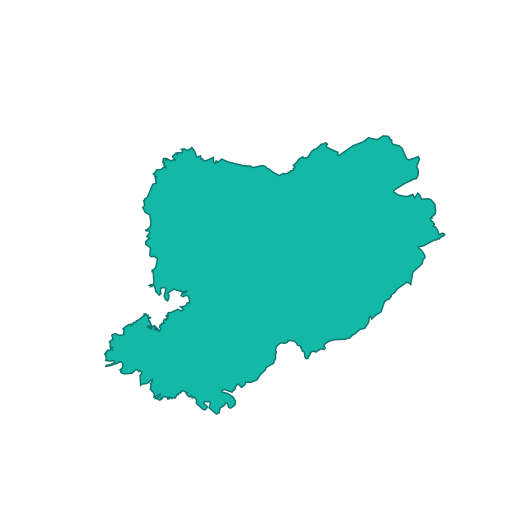 Chuadanga, Khulna, Bangladesh, rotated 42°
{"feature_id": "16705992B19758630986204", "entity_name": "Chuadanga", "entity_type": "district", "adm_level": 2, "iso_a3": "BGD", "parent_name": "Bangladesh", "parent_adm1": "Khulna", "projection": "orthographic", "projection_center": [88.863, 23.601], "detail": "fine", "context": "isolated", "style": "filled", "palette": "teal", "viewbox_px": 512, "rotation_deg": 42, "n_neighbors": 0, "source": "geoboundaries", "source_scale": "gbopen_adm2", "svg_char_len": 6133}
<svg xmlns="http://www.w3.org/2000/svg" viewBox="0 0 512 512"><g transform="rotate(42 256 256)"><path d="M390.0,173.7L383.3,163.0L384.6,151.8L384.3,149.7L382.9,147.8L382.4,143.8L380.8,142.5L375.1,141.0L371.5,141.2L370.6,140.5L373.9,136.0L377.5,125.5L379.4,123.0L380.0,120.8L380.7,120.8L380.6,118.8L382.2,114.7L381.7,113.7L379.5,114.0L377.6,117.7L373.9,115.4L369.7,114.4L367.9,115.2L367.3,113.0L366.1,112.5L361.6,112.3L360.6,111.1L361.5,110.0L360.2,109.7L361.0,106.4L360.2,105.6L360.9,104.6L359.8,102.8L354.3,97.9L348.2,97.1L345.2,98.5L341.1,103.1L337.1,101.2L334.2,100.9L335.1,106.7L331.2,105.4L328.8,110.4L326.2,112.4L320.8,115.5L315.7,116.3L314.7,115.6L314.9,113.5L318.0,102.5L321.9,93.1L323.4,91.4L322.4,87.5L320.9,85.6L318.7,83.3L315.5,82.3L312.8,74.8L310.1,73.5L305.6,81.9L302.9,83.0L292.9,78.4L289.0,78.2L282.7,81.4L280.7,80.7L279.2,79.0L277.3,79.7L276.2,78.8L273.9,78.8L270.1,81.7L268.4,88.3L260.4,93.0L259.4,99.1L254.2,109.4L250.4,126.0L249.2,126.3L247.5,124.2L235.8,127.9L234.4,127.0L234.4,125.3L233.1,124.9L232.1,125.3L230.7,128.6L229.8,128.8L229.1,136.4L227.9,138.0L227.4,140.6L228.4,148.1L226.5,151.0L224.4,151.0L223.0,155.5L223.6,159.3L223.1,163.8L225.8,164.1L225.3,166.2L226.7,167.1L224.7,169.6L225.1,171.6L223.9,172.2L224.6,173.2L222.9,175.5L221.0,176.4L219.5,180.6L213.0,182.4L207.8,182.6L205.6,183.5L203.2,183.2L200.4,184.3L194.4,192.6L192.0,192.7L186.2,197.3L172.7,204.6L165.6,207.0L165.1,212.0L163.3,211.6L162.8,212.5L163.7,213.9L163.3,215.0L161.3,214.3L158.4,211.2L154.9,219.2L153.4,220.2L151.7,219.6L149.8,220.4L147.9,218.7L145.8,222.1L139.7,219.1L135.7,218.3L135.6,220.2L134.0,223.8L131.1,224.3L129.1,226.7L131.3,226.9L132.0,228.9L128.5,231.8L129.5,233.3L127.7,233.1L127.3,237.6L128.0,238.3L130.8,238.2L131.6,239.1L130.1,239.9L129.8,241.3L128.4,242.5L124.8,243.2L124.9,245.0L123.6,243.9L122.0,245.5L124.3,248.9L125.5,248.2L126.1,249.8L129.9,250.6L128.1,251.5L127.6,255.3L124.4,258.7L125.1,260.4L124.8,263.8L129.2,263.6L129.6,264.8L128.2,264.8L133.1,268.6L131.3,271.8L136.0,285.0L135.1,288.3L136.0,289.0L135.6,290.0L139.5,292.9L139.4,295.7L144.4,297.7L149.4,296.4L155.6,301.5L157.8,304.6L157.7,308.3L156.7,310.6L157.3,310.9L159.8,309.0L161.5,309.8L161.8,314.6L165.0,313.9L164.3,319.1L166.4,321.2L171.8,320.4L176.4,326.2L178.2,326.9L180.7,324.4L184.5,323.8L189.1,331.4L189.2,334.1L188.3,336.1L189.3,337.2L190.0,336.5L197.5,343.6L198.7,346.3L196.8,347.9L196.6,348.9L198.2,347.7L197.6,349.0L198.1,349.5L199.1,348.1L199.1,346.5L200.3,345.9L205.4,349.4L210.3,349.8L210.4,347.5L207.8,345.5L206.9,342.9L209.1,340.8L210.9,340.4L214.7,347.4L217.8,348.8L220.2,348.5L219.9,346.6L217.9,343.6L215.2,342.5L217.1,335.6L226.1,331.5L228.4,327.8L228.0,330.5L226.1,333.2L226.9,335.5L228.7,335.3L230.5,331.9L232.1,331.3L234.1,331.7L238.1,335.3L236.3,336.8L237.2,340.2L234.0,344.3L238.8,343.9L237.4,344.7L237.5,346.6L233.6,347.9L230.6,355.1L228.8,356.7L229.5,357.5L229.1,358.4L230.4,358.9L229.6,359.8L230.7,359.6L230.2,360.7L231.5,360.4L232.1,361.7L231.3,361.8L231.1,363.8L233.0,363.3L230.3,364.4L230.8,366.5L232.7,367.5L231.0,369.1L231.8,370.8L231.0,371.3L232.0,373.4L233.9,373.6L234.5,376.6L233.0,376.1L232.8,377.6L232.5,376.3L231.5,375.9L230.7,378.3L228.5,377.6L230.3,377.2L230.3,376.0L227.3,375.6L225.9,377.9L226.0,379.1L227.1,380.1L226.3,380.4L225.3,379.0L224.5,380.6L225.7,381.4L224.3,381.2L224.0,380.2L222.8,381.3L222.6,380.3L225.3,377.9L220.2,375.4L219.8,376.3L218.2,374.5L219.0,372.5L218.1,372.5L217.2,374.4L215.4,372.3L214.6,373.2L213.6,372.5L212.6,373.1L213.2,373.6L211.7,374.0L212.6,375.2L211.5,382.4L210.4,384.3L211.2,386.1L209.6,387.1L209.8,391.4L208.7,390.4L207.2,392.5L205.8,399.0L208.6,399.8L208.7,401.3L210.5,403.1L207.6,406.4L203.4,407.8L201.8,411.4L205.7,413.6L204.6,415.9L204.7,418.2L207.1,418.7L207.5,420.4L209.4,421.7L209.8,420.0L211.7,419.6L210.6,420.4L210.5,421.3L211.3,421.8L210.6,421.8L210.2,424.7L209.1,424.7L208.8,425.7L208.9,427.6L209.9,428.3L209.0,428.8L209.4,430.2L211.0,430.5L213.9,432.9L214.2,434.1L217.3,432.3L220.6,428.7L222.1,429.4L220.9,433.3L217.9,437.6L218.2,438.5L222.2,433.5L222.3,432.1L224.8,428.6L225.3,425.8L226.0,426.0L226.7,424.8L228.4,424.9L230.6,426.7L231.6,429.0L231.1,431.5L231.8,431.1L233.3,432.9L235.4,432.4L237.3,431.5L242.3,426.1L242.6,421.3L243.3,420.1L246.2,420.2L245.9,419.5L248.6,418.5L249.6,419.7L249.6,422.1L256.8,429.4L257.3,427.0L259.4,424.8L260.9,421.8L260.9,418.2L261.7,417.1L262.8,419.0L263.1,421.6L264.2,421.9L266.7,425.8L271.0,426.0L273.0,426.9L274.6,429.1L277.1,422.8L278.2,424.1L276.9,428.3L276.1,428.7L276.4,429.4L277.9,428.2L281.0,427.5L281.9,424.0L280.3,425.8L281.6,422.4L284.1,420.4L286.1,421.4L287.0,420.1L285.6,419.5L285.7,418.9L288.9,418.2L288.9,416.6L291.0,415.7L290.1,411.6L291.0,411.2L290.5,409.9L291.6,408.0L291.0,406.5L292.2,404.8L296.4,403.8L296.3,405.1L300.3,405.5L301.5,404.2L301.3,403.3L302.1,403.9L302.8,403.0L303.6,404.0L305.0,402.1L308.2,402.8L309.9,405.1L311.4,405.5L319.6,405.4L321.2,404.2L320.9,400.6L315.8,400.3L315.2,399.7L315.6,398.1L317.8,396.7L318.6,395.1L320.5,395.7L322.8,400.2L332.4,400.0L333.5,397.2L331.0,393.0L332.5,388.0L331.8,385.9L332.9,384.5L336.9,386.7L338.9,386.1L340.1,381.1L339.2,379.2L337.7,377.7L333.5,376.2L326.9,377.1L321.4,380.2L320.7,378.4L321.9,376.4L329.3,373.2L329.3,368.4L328.6,368.0L328.1,364.9L328.6,362.9L332.8,363.4L333.4,362.9L333.8,358.7L332.6,356.8L336.8,353.3L339.6,347.3L338.6,341.5L339.2,335.0L338.2,331.9L340.9,323.7L340.2,323.2L339.2,319.2L336.3,316.0L335.3,313.7L333.1,312.6L331.7,308.8L332.1,305.4L333.0,303.3L335.4,302.1L336.7,299.9L337.1,298.0L336.2,297.3L341.1,293.7L344.7,293.6L346.5,294.5L349.7,293.0L350.9,294.3L353.3,294.7L353.7,295.6L356.3,295.1L359.9,298.3L361.7,298.9L362.5,298.2L363.0,296.6L361.9,295.2L362.4,294.1L361.4,291.8L361.5,289.5L363.4,287.6L364.7,287.5L366.1,282.0L369.4,279.4L368.9,278.0L366.3,276.9L366.0,275.1L367.1,271.1L370.0,266.0L378.1,258.0L379.4,255.0L380.5,254.4L380.7,249.4L381.4,248.7L382.4,241.1L385.2,236.8L384.1,229.8L380.8,225.1L381.6,224.3L384.1,225.4L384.6,219.6L386.3,214.1L382.2,204.3L382.4,201.5L383.8,198.7L383.5,195.6L382.5,194.9L383.6,189.3L382.8,186.9L385.5,175.0L387.0,173.7L390.0,173.7Z" fill="#14b8a6" stroke="#0f766e" stroke-width="1.5"/></g></svg>